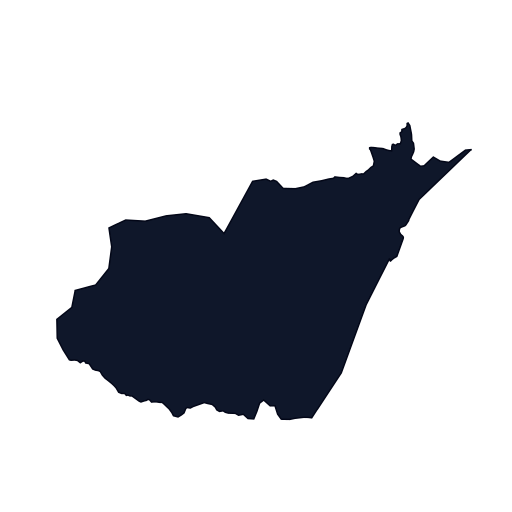 outline of Santa Ana Ateixtlahuaca, Oaxaca, Mexico, rotated 201°
{"feature_id": "50627088B25341473953732", "entity_name": "Santa Ana Ateixtlahuaca", "entity_type": "district", "adm_level": 2, "iso_a3": "MEX", "parent_name": "Mexico", "parent_adm1": "Oaxaca", "projection": "robinson", "projection_center": [-96.894, 18.22], "detail": "fine", "context": "isolated", "style": "filled", "palette": "ink", "viewbox_px": 512, "rotation_deg": 201, "n_neighbors": 0, "source": "geoboundaries", "source_scale": "gbopen_adm2", "svg_char_len": 3190}
<svg xmlns="http://www.w3.org/2000/svg" viewBox="0 0 512 512"><g transform="rotate(201 256 256)"><path d="M393.0,92.2L391.3,92.4L388.1,93.9L385.2,94.5L381.8,93.4L380.0,95.9L378.1,96.5L376.7,95.1L373.2,95.7L370.2,93.6L368.0,92.0L365.1,91.9L362.1,92.5L360.0,92.4L356.7,89.7L353.0,87.8L350.5,87.1L345.2,85.4L342.2,84.2L339.4,82.8L335.4,79.6L332.3,79.5L329.3,80.6L327.1,79.4L325.7,80.3L323.6,80.2L321.6,80.9L317.1,79.7L313.0,78.6L311.1,78.5L308.7,80.5L306.5,82.0L305.6,83.3L304.0,83.7L301.2,82.2L299.2,83.2L296.5,84.2L293.3,84.9L291.1,85.7L288.4,84.7L284.9,83.2L282.4,82.2L278.4,79.6L275.8,77.3L271.1,77.8L268.7,80.9L267.0,83.7L266.9,88.6L265.9,89.9L262.9,90.5L260.7,93.0L258.0,95.3L251.8,100.6L248.2,101.0L245.7,101.4L243.6,101.7L239.8,100.3L237.5,98.3L234.4,97.8L232.4,99.0L231.2,99.7L228.7,99.1L225.6,99.4L218.9,101.7L215.2,101.1L211.1,103.7L205.2,101.4L199.7,103.1L199.5,111.3L199.9,119.9L197.2,124.3L189.1,121.2L184.6,123.0L181.9,119.6L179.1,116.1L173.9,112.7L165.9,115.6L161.4,118.5L153.5,122.6L149.6,124.0L146.0,124.9L144.0,134.4L143.8,134.9L135.0,175.2L134.5,177.4L135.6,243.0L135.7,250.1L132.7,279.5L132.0,286.1L131.4,291.9L130.5,301.0L130.1,300.9L129.8,300.9L129.5,300.9L129.5,300.5L129.4,300.3L129.3,300.0L129.1,299.7L128.9,299.5L128.6,299.5L128.0,300.9L127.8,301.3L127.6,301.7L127.0,302.7L126.3,303.8L125.7,304.4L125.4,305.0L125.0,305.3L124.6,305.8L124.4,306.1L124.8,324.3L124.9,325.4L125.1,326.1L125.5,326.6L125.7,326.8L126.4,327.2L127.8,327.7L128.6,328.0L128.9,328.2L130.7,329.7L131.2,330.4L131.4,331.2L131.7,332.6L131.7,333.4L131.4,334.1L131.0,334.7L128.7,336.8L127.9,337.5L127.4,338.3L127.0,339.9L126.2,343.7L126.3,344.7L126.4,345.0L125.5,353.8L124.0,367.3L93.8,431.6L92.8,432.7L93.1,432.5L98.2,430.0L98.4,429.9L102.8,423.0L106.2,417.6L109.4,412.6L112.3,411.9L118.1,410.6L125.9,411.9L131.4,400.4L134.6,398.7L139.5,400.1L146.1,402.0L146.5,404.5L146.3,406.9L146.2,409.7L146.3,410.5L146.7,412.6L149.4,417.7L151.8,419.3L154.2,424.8L155.1,426.4L157.5,430.2L159.1,432.8L159.3,433.0L161.7,434.7L162.4,433.9L161.6,431.9L161.8,429.9L162.8,428.2L163.8,427.5L165.1,426.4L164.4,424.3L165.6,422.5L165.0,421.1L163.6,419.5L162.6,417.8L161.6,415.7L161.5,412.5L162.3,412.1L164.1,411.4L164.9,410.0L165.6,409.4L166.5,409.3L167.7,409.6L168.6,409.0L168.4,406.8L167.0,402.8L169.6,402.1L172.4,401.8L175.8,401.8L177.8,401.3L178.4,401.1L181.1,400.3L183.3,399.8L185.6,399.2L187.3,398.6L187.5,398.6L188.7,397.8L188.3,396.7L187.2,396.2L185.9,394.7L182.1,390.2L179.5,386.9L178.7,382.2L180.4,379.9L181.9,376.6L183.4,374.4L185.0,371.0L186.7,370.6L188.8,369.3L190.4,368.6L192.1,369.0L192.6,368.0L194.1,365.1L197.4,361.7L199.3,360.9L202.2,360.5L206.3,359.2L210.3,358.2L210.7,358.1L211.5,356.3L213.8,355.0L215.7,353.9L216.9,353.1L217.0,353.0L221.8,349.7L229.2,345.3L235.8,337.8L243.4,332.9L254.9,328.8L263.5,333.0L267.1,333.1L269.0,331.0L274.1,331.4L285.9,324.5L293.1,270.9L293.9,265.5L313.4,275.0L336.4,270.4L354.2,261.3L371.9,248.8L390.5,242.9L398.8,234.3L403.3,229.5L402.2,227.5L394.0,212.9L388.9,191.6L392.0,181.8L395.3,171.4L398.9,168.9L412.5,159.0L412.2,157.8L409.5,142.0L418.9,126.0L419.2,125.5L418.1,122.8L412.1,108.0L402.2,99.1L393.0,92.2Z" fill="#0f172a" stroke="#020617" stroke-width="1.5"/></g></svg>